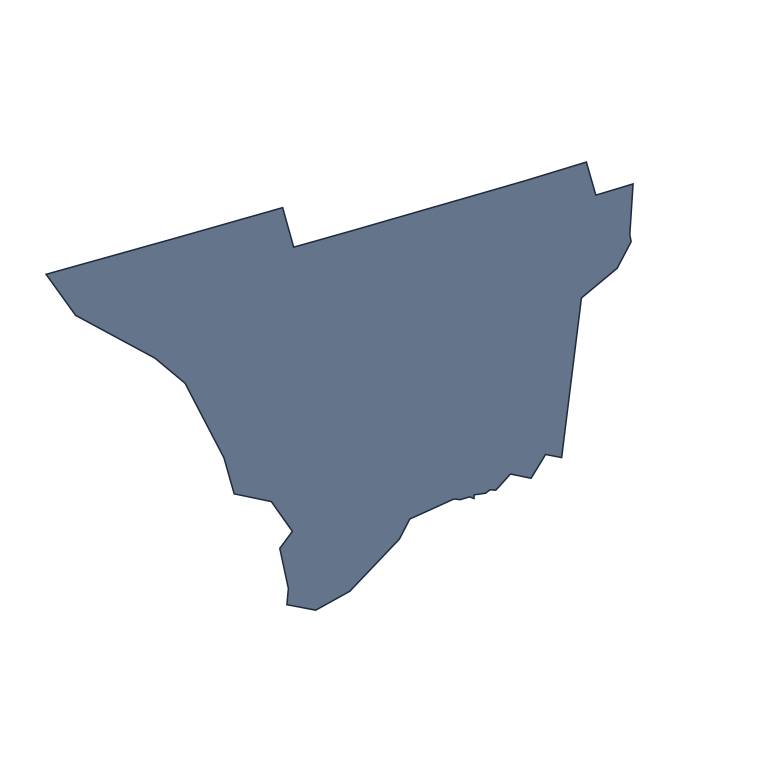 Muscogee, Georgia, United States of America, rotated 344°
{"feature_id": "52423323B73229184537448", "entity_name": "Muscogee", "entity_type": "district", "adm_level": 2, "iso_a3": "USA", "parent_name": "United States of America", "parent_adm1": "Georgia", "projection": "albers", "projection_center": [-84.88, 32.491], "detail": "fine", "context": "isolated", "style": "filled", "palette": "slate", "viewbox_px": 768, "rotation_deg": 344, "n_neighbors": 0, "source": "geoboundaries", "source_scale": "gbopen_adm2", "svg_char_len": 746}
<svg xmlns="http://www.w3.org/2000/svg" viewBox="0 0 768 768"><g transform="rotate(344 384 384)"><path d="M639.7,226.4L574.2,227.5L391.8,227.8L345.1,227.6L334.9,227.5L335.2,186.5L327.9,186.5L294.0,186.4L229.3,186.3L89.4,185.4L106.5,233.1L153.9,279.4L171.0,296.1L193.0,328.5L197.7,351.8L199.0,358.1L199.2,359.1L209.1,407.4L209.8,411.0L209.7,448.3L243.3,466.0L255.3,500.4L238.5,513.3L235.7,554.2L229.8,569.4L256.0,582.6L294.0,573.8L356.1,537.3L371.6,520.9L419.6,513.8L425.3,516.2L435.2,516.1L438.9,518.9L440.2,515.4L451.6,517.0L456.7,514.9L462.2,516.9L480.7,505.4L499.4,515.2L519.9,496.3L534.5,503.7L597.5,355.7L640.1,337.0L660.8,315.3L661.5,308.1L678.6,260.3L639.7,260.8L639.7,226.4Z" fill="#64748b" stroke="#1e293b" stroke-width="1.5"/></g></svg>